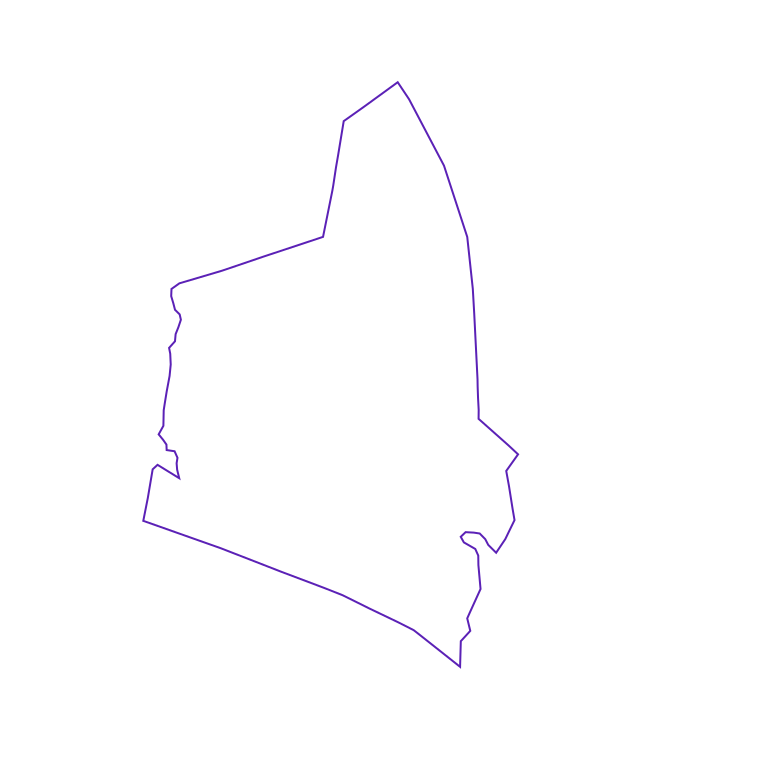 the district of Altinho, Pernambuco, Brazil, rotated 126°
{"feature_id": "56859067B14370835694684", "entity_name": "Altinho", "entity_type": "district", "adm_level": 2, "iso_a3": "BRA", "parent_name": "Brazil", "parent_adm1": "Pernambuco", "projection": "natural_earth1", "projection_center": [-36.08, -8.478], "detail": "fine", "context": "isolated", "style": "outline", "palette": "violet", "viewbox_px": 768, "rotation_deg": 126, "n_neighbors": 0, "source": "geoboundaries", "source_scale": "gbopen_adm2", "svg_char_len": 1198}
<svg xmlns="http://www.w3.org/2000/svg" viewBox="0 0 768 768"><g transform="rotate(126 384 384)"><path d="M568.1,156.2L546.9,170.7L541.1,170.0L533.0,169.1L524.7,178.9L518.6,180.2L493.1,185.4L475.0,201.2L467.4,206.9L463.8,213.2L465.2,226.3L462.5,232.1L455.9,230.9L451.4,223.9L448.7,218.7L450.0,210.9L452.9,205.1L454.6,194.1L438.2,194.7L430.4,196.1L417.4,198.4L409.3,206.7L393.4,222.6L382.5,234.0L362.1,234.2L360.5,247.2L356.6,287.0L349.4,292.1L339.9,299.8L331.2,306.6L325.1,311.2L274.0,352.4L254.8,368.1L216.1,403.1L172.1,463.8L138.9,531.1L131.8,550.3L170.7,562.9L195.0,571.1L226.3,555.4L236.9,550.2L253.3,541.7L258.0,539.4L300.8,519.8L351.8,556.4L387.5,581.6L422.8,608.7L432.0,611.8L438.0,607.8L442.6,601.8L446.8,596.7L447.8,590.2L451.4,586.1L459.0,583.7L466.1,581.9L472.3,578.2L481.1,579.1L485.2,574.7L493.6,568.0L503.5,562.2L517.8,555.4L527.9,550.3L534.7,546.8L547.5,537.9L557.2,536.7L559.0,529.9L560.9,524.4L565.2,521.0L561.5,513.9L565.1,507.7L570.0,505.2L574.9,501.0L580.6,494.3L582.5,519.7L589.0,521.0L615.0,508.1L636.2,498.3L612.8,419.5L596.2,356.4L584.2,312.7L579.2,293.3L574.2,263.8L568.4,232.2L565.7,215.3L566.0,206.6L568.1,156.2Z" fill="none" stroke="#5b21b6" stroke-width="2"/></g></svg>